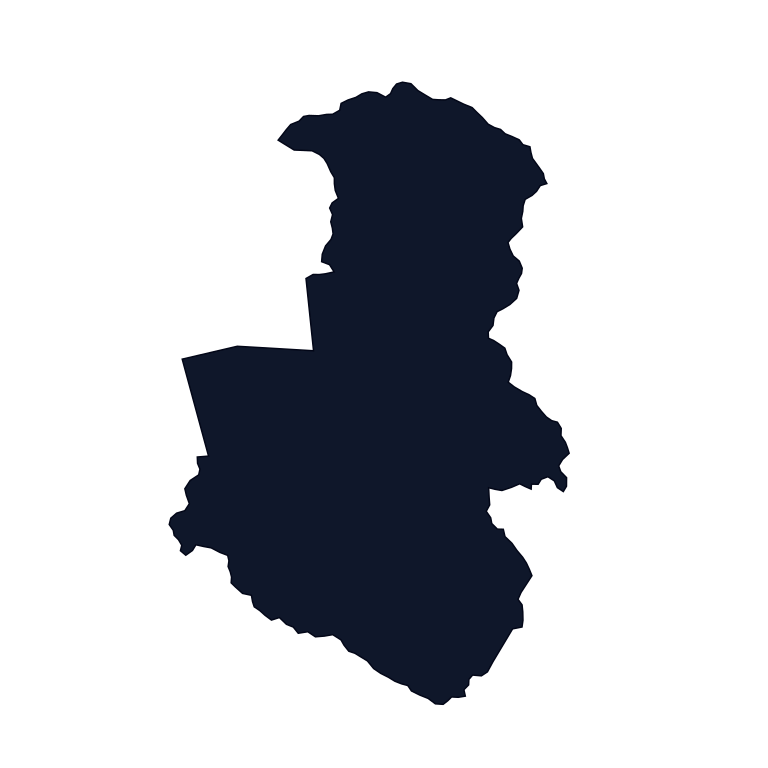 outline of Angelina, Santa Catarina, Brazil, rotated 104°
{"feature_id": "56859067B60801601029552", "entity_name": "Angelina", "entity_type": "district", "adm_level": 2, "iso_a3": "BRA", "parent_name": "Brazil", "parent_adm1": "Santa Catarina", "projection": "natural_earth1", "projection_center": [-49.081, -27.547], "detail": "fine", "context": "isolated", "style": "filled", "palette": "ink", "viewbox_px": 768, "rotation_deg": 104, "n_neighbors": 0, "source": "geoboundaries", "source_scale": "gbopen_adm2", "svg_char_len": 3109}
<svg xmlns="http://www.w3.org/2000/svg" viewBox="0 0 768 768"><g transform="rotate(104 384 384)"><path d="M595.0,541.2L598.1,534.9L591.9,529.6L585.5,527.6L585.3,519.7L584.8,512.0L587.1,502.5L588.1,494.2L593.0,491.7L598.8,491.1L603.5,487.7L608.2,485.2L613.9,484.2L617.0,478.9L621.4,470.6L621.1,461.5L627.0,458.9L631.6,456.0L633.9,449.7L637.2,443.5L640.3,436.1L635.9,429.0L640.8,420.5L641.8,413.2L646.6,406.9L642.8,398.0L645.9,389.4L643.0,380.8L639.6,373.1L642.7,363.8L647.2,359.5L651.8,353.5L652.3,347.1L654.3,340.8L656.7,333.1L662.6,325.2L665.6,317.1L667.5,308.7L669.8,301.4L670.7,294.3L670.8,288.0L675.2,283.1L677.2,273.9L678.4,265.1L681.9,256.8L680.5,249.1L675.9,245.5L671.3,242.7L670.0,236.1L667.2,229.6L661.3,232.5L655.5,229.1L650.1,230.2L645.0,227.6L643.6,218.9L638.3,214.0L627.1,211.1L590.5,200.0L586.4,191.3L579.7,192.0L571.6,194.2L564.9,196.6L560.5,201.9L553.1,200.6L534.2,194.1L528.6,198.2L523.3,202.5L518.6,207.5L513.3,214.8L507.6,221.3L502.8,229.7L496.1,233.1L497.4,238.9L493.3,245.7L488.0,248.1L482.8,254.0L475.7,252.2L468.5,254.6L459.3,257.4L459.3,250.7L458.8,243.8L453.4,235.3L448.0,228.2L449.3,222.3L450.4,215.8L445.5,216.7L444.0,210.2L438.4,208.4L434.3,202.5L436.8,195.3L442.6,190.7L445.0,184.0L439.1,182.2L430.7,184.2L426.3,191.3L421.2,194.7L414.1,192.5L406.4,187.6L401.3,190.7L396.7,193.9L391.3,199.8L384.2,201.3L379.1,206.5L379.0,212.4L376.7,218.5L372.4,224.7L367.8,230.6L361.6,234.1L359.4,240.4L357.9,248.1L355.3,256.9L352.2,263.9L345.2,263.3L338.1,264.0L331.8,265.5L325.8,271.7L320.0,275.4L317.6,281.5L315.4,287.8L314.3,293.7L308.2,295.5L300.8,292.4L293.4,293.3L286.5,291.8L282.2,286.8L276.3,281.0L268.8,276.0L260.4,275.7L254.3,279.7L248.6,278.7L243.5,277.3L238.2,277.9L232.0,282.5L228.5,289.6L222.6,294.5L216.7,297.9L212.0,295.8L206.1,292.1L198.0,287.5L190.1,290.8L182.9,291.1L177.4,292.1L170.7,291.7L165.1,285.9L160.1,282.6L153.7,280.4L150.1,274.5L146.1,278.1L141.3,280.3L137.2,285.0L133.3,289.6L129.2,294.5L123.9,297.4L118.5,299.8L118.2,307.1L114.4,311.8L112.9,319.7L111.9,327.0L108.8,332.5L108.5,338.8L106.7,345.8L101.7,353.0L97.9,359.7L94.5,365.3L93.2,374.3L91.7,381.4L90.2,388.5L93.5,393.1L95.0,399.6L96.1,405.7L93.8,413.4L91.1,422.1L86.1,430.5L86.7,439.1L89.9,444.4L95.2,446.9L100.7,447.9L105.3,451.8L103.0,461.3L104.3,469.7L107.8,475.7L112.7,480.6L117.1,487.6L122.1,493.5L129.1,493.2L134.7,499.1L136.3,504.9L139.6,512.4L141.6,521.7L143.9,526.8L149.5,530.0L154.8,537.3L161.0,540.4L167.0,543.0L173.0,545.7L175.0,539.5L176.9,533.5L178.7,527.8L176.9,519.1L175.1,510.2L176.9,502.2L179.6,496.9L183.8,492.5L190.9,487.0L195.8,482.1L201.7,480.6L208.0,478.1L214.9,473.1L220.8,478.1L226.4,479.3L232.1,474.9L239.5,474.9L245.3,471.8L250.7,469.7L256.6,470.4L264.1,474.1L273.0,475.3L280.4,474.1L281.4,465.7L287.3,459.5L291.3,467.6L293.4,473.1L294.9,479.3L300.5,485.2L368.8,460.4L377.2,505.3L382.9,535.5L408.7,585.8L496.4,536.8L500.0,547.5L506.1,545.7L511.1,542.0L517.0,541.8L524.5,548.7L533.8,551.9L539.7,548.9L547.2,543.9L555.1,546.6L559.5,554.0L565.8,558.4L572.3,558.4L576.9,553.1L581.6,551.0L584.8,545.7L589.4,541.2L595.0,541.2Z" fill="#0f172a" stroke="#020617" stroke-width="1.5"/></g></svg>